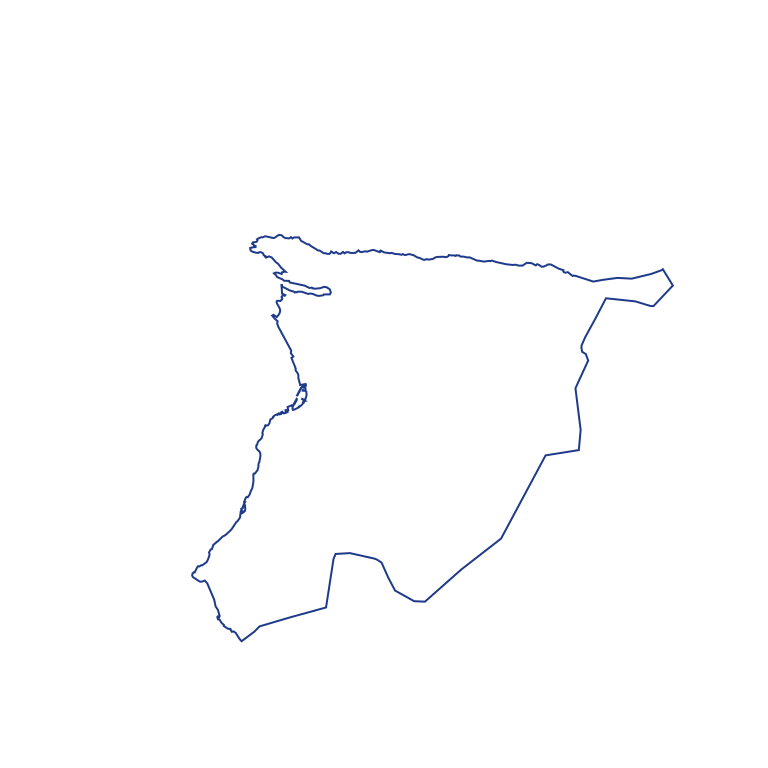 Hareid nor, Møre og Romsdal, Norway, rotated 227°
{"feature_id": "86288312B50264654015152", "entity_name": "Hareid nor", "entity_type": "district", "adm_level": 2, "iso_a3": "NOR", "parent_name": "Norway", "parent_adm1": "Møre og Romsdal", "projection": "orthographic", "projection_center": [6.014, 62.352], "detail": "fine", "context": "isolated", "style": "outline", "palette": "blue", "viewbox_px": 768, "rotation_deg": 227, "n_neighbors": 0, "source": "geoboundaries", "source_scale": "gbopen_adm2", "svg_char_len": 6166}
<svg xmlns="http://www.w3.org/2000/svg" viewBox="0 0 768 768"><g transform="rotate(227 384 384)"><path d="M277.8,666.2L277.8,664.9L282.4,654.2L292.1,637.0L302.3,627.2L310.7,615.4L316.2,606.9L332.2,598.0L334.1,596.5L334.4,595.6L340.4,594.7L341.7,592.6L343.1,591.8L344.2,592.0L344.8,592.9L349.0,590.5L357.5,587.6L359.6,585.5L360.1,583.2L361.1,580.7L362.2,579.3L365.7,578.5L367.2,577.7L367.2,575.9L371.8,574.3L375.3,571.0L376.1,566.1L378.8,563.2L381.4,561.7L383.3,559.3L388.3,555.0L396.6,549.3L400.8,547.0L401.3,545.6L402.4,544.8L405.4,540.5L409.4,537.6L410.6,536.3L418.4,532.9L419.8,531.1L422.9,529.1L424.9,526.9L426.9,526.6L427.5,525.7L428.9,524.7L428.8,523.7L430.4,522.9L431.6,521.4L434.0,519.4L433.7,519.1L433.7,518.1L434.0,516.8L434.8,515.5L436.6,514.2L440.6,509.6L441.8,507.3L442.0,505.3L444.4,501.6L446.3,500.3L447.2,498.2L448.5,497.3L451.9,496.1L453.8,494.7L458.0,493.5L461.0,491.6L462.0,490.8L463.9,487.3L466.2,486.3L466.5,485.0L468.9,483.3L471.5,480.8L474.8,478.9L475.3,477.8L480.1,473.9L483.9,472.5L483.9,472.0L483.2,472.1L483.3,470.8L489.2,467.8L490.2,466.4L492.4,461.8L493.9,460.7L495.9,457.4L497.1,456.6L499.1,456.5L499.4,452.5L502.7,448.9L504.7,447.8L506.1,446.3L506.5,444.2L508.5,444.1L508.8,441.1L510.2,439.6L513.2,439.0L513.6,436.9L514.1,436.4L517.0,435.8L516.5,434.8L516.4,432.8L517.8,431.3L519.8,430.2L520.7,429.1L525.6,427.9L526.6,426.9L535.4,424.5L537.4,424.4L538.3,423.3L545.2,421.0L549.2,421.8L552.5,418.2L552.9,416.2L554.9,416.1L555.2,413.9L558.1,411.3L560.3,410.6L561.9,410.7L563.1,410.2L564.6,408.9L564.9,408.2L565.5,404.1L566.0,402.8L572.7,398.2L573.2,397.6L573.8,395.6L575.0,394.4L575.6,393.0L575.7,392.4L576.3,391.0L576.1,390.1L576.3,389.8L575.5,389.6L574.9,388.3L575.0,387.6L576.1,385.9L576.9,385.0L576.9,384.7L576.3,384.1L576.6,383.4L576.2,383.2L574.8,383.7L574.1,383.3L572.4,384.2L572.2,384.0L572.5,383.6L572.1,383.8L571.8,383.5L574.8,379.1L574.8,378.8L572.4,377.5L570.3,378.1L567.8,379.6L565.7,381.3L565.5,382.3L565.0,383.4L563.6,384.2L561.8,384.6L560.3,383.9L558.2,384.5L558.2,383.9L556.9,383.9L555.7,387.0L553.0,388.2L547.2,388.0L544.0,388.5L539.2,388.1L533.1,388.6L534.2,387.5L535.2,385.7L534.3,384.2L537.8,382.3L539.6,380.5L540.0,379.0L537.0,379.2L535.0,378.8L530.1,381.0L527.6,381.4L524.1,384.9L522.6,384.3L510.0,393.1L505.2,394.9L503.8,396.8L502.9,397.3L502.6,397.0L500.5,398.8L497.4,403.0L495.9,406.5L493.9,408.0L490.4,408.9L487.2,407.6L486.5,405.5L490.6,401.0L490.3,400.1L492.7,396.6L494.5,395.1L498.3,393.4L500.6,391.7L501.6,389.9L507.4,386.9L510.2,384.1L510.3,383.0L511.4,382.2L511.7,381.2L513.2,381.0L516.4,379.0L522.6,376.8L524.6,375.7L525.9,376.9L526.3,376.5L519.6,371.1L516.3,372.4L516.2,371.6L517.6,370.9L517.8,370.2L517.5,368.4L516.0,368.0L515.4,367.0L515.6,366.7L515.3,365.9L515.4,364.9L517.7,362.6L517.6,361.7L516.3,360.8L510.5,359.3L508.5,358.2L507.0,355.9L506.5,354.4L506.1,351.1L509.9,350.4L510.3,348.9L506.6,348.6L502.4,349.0L501.2,347.2L497.8,345.7L471.7,338.9L470.1,336.9L465.9,336.4L466.2,334.1L455.5,330.0L455.2,329.3L454.0,328.6L450.5,328.1L448.9,327.4L446.7,325.4L440.4,322.0L437.4,326.7L436.3,326.1L435.9,325.2L437.8,322.5L437.9,320.8L435.0,312.7L434.7,312.9L436.1,316.4L435.9,316.5L436.1,317.0L436.3,316.9L437.5,320.4L437.6,320.8L437.4,321.6L434.9,323.9L432.6,322.2L434.0,320.8L434.5,320.9L435.0,320.3L434.6,319.9L432.7,321.8L431.2,321.9L428.4,319.5L426.2,315.6L426.5,315.5L426.3,315.1L428.9,314.0L428.7,313.7L426.0,314.8L425.9,314.3L425.5,314.5L425.7,314.1L425.2,312.7L426.9,312.3L425.2,312.5L424.8,309.6L425.0,306.8L425.4,306.9L425.5,306.4L425.1,306.3L425.3,304.7L426.6,300.6L427.2,299.7L428.4,300.3L429.6,301.6L430.6,304.6L430.4,304.7L430.5,305.2L430.8,305.1L431.2,306.3L430.9,306.4L431.1,306.9L431.4,306.8L431.7,308.0L431.4,308.1L431.6,308.6L431.9,308.5L432.4,310.0L432.7,310.0L430.6,303.5L430.7,302.6L431.2,301.6L431.5,301.7L432.9,297.7L429.9,296.0L429.9,294.9L429.3,294.3L429.8,293.9L429.7,293.6L429.9,293.4L431.8,294.6L432.0,294.3L431.5,294.0L432.1,294.1L429.8,292.8L429.8,292.4L430.7,290.9L431.9,291.3L431.5,290.9L432.6,288.8L433.1,289.0L433.2,289.6L433.0,290.4L432.5,291.1L433.1,290.8L433.4,289.9L433.4,289.1L432.3,288.2L433.1,286.8L434.1,287.2L434.4,286.9L434.5,286.3L434.1,285.8L434.1,285.1L434.7,285.0L435.6,282.7L435.7,280.6L435.1,280.3L435.0,279.4L435.5,276.6L433.5,273.6L432.9,271.2L433.7,269.6L434.7,269.2L434.5,268.4L433.7,267.4L432.9,264.5L431.2,261.7L429.9,261.1L427.9,257.7L427.7,255.7L427.9,253.8L427.5,252.0L426.1,249.7L426.3,249.1L425.2,247.6L424.1,246.9L422.5,246.6L419.5,246.9L417.9,246.3L416.1,245.0L414.7,243.4L412.0,239.7L411.8,238.8L410.2,236.6L409.3,236.0L407.3,232.8L406.5,228.6L407.3,227.7L407.1,226.9L401.7,222.0L397.8,216.9L396.5,213.5L394.8,210.4L394.1,207.1L395.1,206.5L394.8,204.7L393.3,201.6L392.4,202.0L392.3,201.6L392.7,201.2L392.3,200.3L390.6,199.8L391.3,198.8L390.1,196.2L389.7,196.4L390.5,198.5L390.4,198.9L389.7,199.2L387.7,197.8L386.4,196.4L386.0,195.6L386.0,194.6L386.8,194.2L386.8,193.7L386.1,193.3L386.4,191.9L387.2,191.4L388.1,192.4L389.1,194.3L390.0,194.9L390.1,194.5L389.1,193.7L388.5,192.3L387.5,191.1L386.7,191.1L386.7,190.3L386.1,189.3L385.0,188.3L384.2,186.5L383.6,183.0L383.7,181.6L381.7,173.4L381.6,167.1L381.8,164.2L382.5,162.0L382.3,154.8L382.7,153.9L382.5,152.6L382.8,149.6L380.6,145.5L381.2,144.5L380.2,141.2L378.6,140.4L377.5,139.1L375.6,135.3L374.7,132.7L375.4,127.3L376.2,126.5L376.5,124.5L377.6,123.6L377.3,122.3L375.3,116.9L376.1,116.4L375.9,114.5L374.7,113.0L372.9,112.6L365.4,114.4L363.9,115.6L362.4,118.9L358.8,118.8L342.0,112.7L336.3,109.2L331.9,108.4L326.3,105.5L326.0,104.5L327.4,104.0L327.3,103.2L325.1,102.1L324.2,103.1L320.0,102.3L316.9,102.6L316.5,101.8L311.9,102.8L310.6,103.6L310.1,104.4L309.1,104.6L308.8,104.1L306.5,103.7L305.8,105.2L303.0,105.8L296.1,104.5L293.0,104.4L291.3,120.4L291.6,127.7L277.0,156.9L260.1,189.2L290.5,227.8L292.7,232.7L283.6,243.7L262.4,258.2L260.0,259.2L255.0,260.4L239.6,255.1L225.4,251.2L204.6,257.9L196.9,265.5L195.6,314.2L191.1,364.2L221.6,453.5L202.8,481.4L216.3,496.5L250.3,521.1L261.9,549.3L268.2,552.0L272.5,550.9L276.0,553.2L277.5,554.9L281.0,563.0L287.8,583.6L295.3,604.8L273.1,624.1L259.3,632.1L257.2,634.2L259.0,662.4L277.8,666.2Z" fill="none" stroke="#1e3a8a" stroke-width="2"/></g></svg>